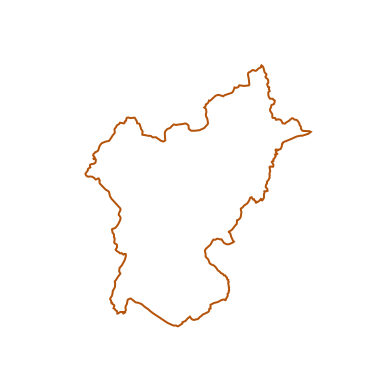 the district of Mdrak District, Đắk Lắk, Vietnam, rotated 225°
{"feature_id": "81297802B27744921596224", "entity_name": "Mdrak District", "entity_type": "district", "adm_level": 2, "iso_a3": "VNM", "parent_name": "Vietnam", "parent_adm1": "Đắk Lắk", "projection": "robinson", "projection_center": [108.788, 12.703], "detail": "fine", "context": "isolated", "style": "outline", "palette": "amber", "viewbox_px": 384, "rotation_deg": 225, "n_neighbors": 0, "source": "geoboundaries", "source_scale": "gbopen_adm2", "svg_char_len": 6058}
<svg xmlns="http://www.w3.org/2000/svg" viewBox="0 0 384 384"><g transform="rotate(225 192 192)"><path d="M137.2,239.0L139.6,241.4L140.2,242.8L141.3,243.5L141.1,244.0L140.0,245.1L139.4,246.3L141.2,247.5L143.1,247.5L143.8,248.0L144.9,249.9L144.9,251.0L146.3,252.2L146.4,254.7L147.0,256.1L147.2,257.0L148.6,258.2L148.8,258.8L150.3,259.7L151.1,261.6L151.8,262.3L154.8,264.4L154.8,265.2L154.1,265.5L153.9,266.1L152.6,267.1L152.8,267.9L154.0,269.0L155.4,269.4L156.4,269.4L156.8,269.7L156.9,270.5L156.3,271.5L157.6,272.6L157.4,273.9L158.0,275.2L158.0,276.2L158.3,276.6L159.7,277.2L158.8,278.2L158.7,279.2L160.6,279.3L160.9,280.2L162.5,280.6L162.8,281.2L162.6,281.5L160.9,282.2L160.7,282.4L161.0,283.0L160.4,283.5L160.2,284.3L159.7,285.0L160.7,287.6L162.4,289.8L162.1,290.4L162.7,291.2L162.3,292.7L159.8,298.5L157.3,305.1L155.1,308.6L153.8,309.8L150.9,315.5L150.5,318.5L152.0,318.0L156.6,313.8L157.5,313.4L159.7,313.8L161.3,315.2L163.3,315.5L164.2,316.2L166.7,316.9L168.9,317.0L170.8,315.6L172.5,315.5L173.4,314.9L173.6,314.3L173.7,311.0L174.4,308.5L174.7,306.0L176.6,304.6L178.1,305.3L180.4,305.7L182.4,304.5L183.5,302.5L185.5,303.1L187.2,301.6L188.0,301.6L190.3,303.8L194.3,304.7L195.6,306.1L196.0,307.9L197.2,309.3L197.2,310.0L196.4,311.6L196.3,312.4L197.8,315.0L198.2,315.2L199.6,314.8L200.8,315.0L202.9,313.1L204.9,313.6L206.4,314.4L208.1,315.9L208.6,316.7L208.4,318.3L210.4,319.1L211.3,320.6L211.6,320.7L212.4,320.1L214.9,321.2L215.3,321.8L215.2,322.9L215.4,323.3L217.3,325.0L218.7,325.3L221.1,325.1L221.6,325.5L222.0,327.1L222.5,327.8L223.0,328.0L224.8,327.9L225.8,328.2L228.3,329.8L230.3,330.8L232.4,330.7L232.3,330.0L231.4,329.0L232.2,326.8L232.4,323.2L233.1,322.3L234.8,321.6L235.4,321.0L235.8,318.3L236.4,316.8L236.4,315.9L235.4,314.5L232.2,312.4L227.6,308.7L227.3,308.3L227.2,307.5L230.2,303.8L234.0,300.9L234.0,300.3L233.5,299.4L233.5,298.7L234.5,296.8L235.9,296.0L235.1,294.6L234.0,291.9L234.0,290.2L237.3,283.7L237.7,281.6L238.6,281.3L242.2,279.3L243.4,276.7L243.7,269.5L244.7,268.6L244.3,268.1L243.8,266.8L243.7,265.1L244.2,263.6L243.5,263.0L243.0,262.1L243.1,260.4L241.1,260.6L239.5,259.7L238.2,258.5L237.1,256.6L236.6,256.2L235.0,255.2L233.6,254.9L231.9,253.9L229.1,251.8L228.8,250.0L228.6,245.8L230.4,241.0L233.4,237.2L235.5,235.1L236.5,234.6L238.9,234.4L241.4,236.5L243.2,236.5L244.8,236.0L245.3,235.6L247.2,232.7L249.1,230.4L250.7,228.1L252.7,226.9L252.9,223.8L252.7,222.0L253.8,219.5L254.0,218.4L253.8,215.8L252.4,213.9L247.4,209.6L247.7,207.8L248.1,207.3L250.6,206.1L252.2,206.1L252.9,205.7L256.1,205.3L258.5,202.8L260.9,202.5L262.8,200.7L266.1,198.6L267.5,197.4L268.5,198.2L269.6,199.8L270.6,200.2L272.4,200.5L276.6,202.8L277.6,203.0L279.3,201.8L281.3,203.1L285.1,204.0L287.8,200.7L289.8,199.6L290.5,198.4L290.3,197.5L289.1,195.9L289.4,194.2L288.7,193.6L288.5,192.7L289.0,192.1L291.9,190.1L291.6,188.8L292.2,185.9L291.5,183.9L291.4,182.1L291.1,181.5L288.8,179.6L288.3,178.8L288.2,176.4L286.8,170.0L286.9,169.3L288.7,166.6L290.2,163.1L290.3,161.5L289.8,159.0L288.0,155.7L287.7,154.6L288.0,152.9L288.5,152.0L288.4,148.9L287.7,147.9L285.3,147.7L285.1,147.5L285.3,146.0L284.7,145.8L283.5,147.0L283.1,147.0L282.5,146.5L281.3,145.0L281.0,143.9L281.5,142.5L283.1,140.1L283.3,139.2L282.5,138.1L281.3,137.5L281.9,135.1L281.7,134.4L280.9,133.6L280.4,129.7L279.3,129.0L277.2,128.9L276.1,129.6L274.7,131.2L273.4,132.2L271.2,132.8L269.1,132.6L268.6,133.2L268.1,135.0L267.5,135.6L266.0,134.9L265.4,135.0L264.5,133.5L263.0,132.8L254.9,132.6L251.8,133.4L250.6,133.3L247.2,131.1L244.1,130.3L231.0,129.7L229.9,128.8L228.5,125.1L227.8,124.2L227.4,123.9L226.3,123.9L224.5,123.4L223.6,122.5L222.8,121.0L221.5,117.3L220.9,114.0L220.9,112.1L222.2,109.5L222.1,108.9L221.1,108.2L219.4,107.1L217.2,106.8L215.3,104.9L213.8,104.5L211.2,101.2L209.8,101.1L208.4,101.7L207.4,101.3L205.8,99.7L205.3,97.3L204.7,97.0L202.8,97.2L200.7,97.8L199.5,97.7L198.4,99.1L196.3,99.2L196.0,100.4L195.1,101.2L194.3,100.8L193.2,99.5L191.3,96.0L189.8,90.7L189.5,87.0L187.4,84.4L184.9,83.6L184.4,79.7L183.6,76.4L183.4,74.2L181.2,72.5L179.4,70.4L178.7,68.5L178.1,66.1L176.4,64.0L175.2,62.0L174.9,60.2L174.4,58.6L173.8,58.2L172.4,58.0L170.7,56.6L170.1,57.1L169.2,56.5L167.2,57.0L166.4,56.6L165.4,54.3L163.4,54.7L162.5,54.3L160.8,54.7L159.5,53.9L158.8,53.2L158.5,53.6L157.8,56.5L156.4,58.0L155.8,58.5L154.8,57.5L154.5,57.7L154.2,59.7L154.7,60.1L155.3,61.7L155.8,62.2L157.4,63.2L158.2,64.5L158.9,66.8L161.1,70.0L161.2,70.7L160.5,72.7L159.9,73.4L154.1,74.1L153.3,74.4L151.7,75.7L148.4,77.1L143.9,77.4L139.7,78.2L137.6,78.2L133.4,78.8L116.6,82.2L110.6,84.5L108.8,86.4L107.4,86.7L106.8,87.4L105.9,91.6L106.0,92.6L106.7,93.1L105.4,96.2L105.7,99.5L105.3,102.4L103.0,101.9L101.5,102.1L99.9,103.1L99.3,104.6L98.7,105.1L98.0,106.4L97.9,107.0L98.1,108.9L97.7,111.1L97.8,112.8L96.2,117.0L95.7,118.9L95.9,120.2L97.1,121.4L97.2,121.8L96.5,122.8L99.2,125.3L98.0,129.0L95.9,132.5L94.7,136.7L93.4,138.6L92.9,138.9L92.2,138.9L91.9,139.1L91.8,139.5L92.6,141.1L93.1,143.3L93.6,144.2L94.8,145.0L94.8,146.2L95.3,147.4L96.0,147.8L96.3,148.9L97.3,149.5L98.1,150.6L99.0,150.9L99.5,151.5L102.0,153.1L102.3,154.3L103.4,154.6L104.1,155.5L105.1,155.1L106.8,156.2L108.2,156.1L109.6,156.5L110.5,155.6L112.2,155.9L114.4,155.1L115.8,155.3L118.3,154.9L121.6,155.5L124.3,155.6L127.2,154.4L129.0,154.1L132.9,155.8L136.6,155.9L138.7,157.9L141.0,159.3L141.8,160.5L142.0,162.2L141.7,167.8L142.8,171.4L143.2,173.2L143.1,173.6L142.0,174.4L141.5,175.4L141.3,176.6L140.8,177.1L138.4,178.5L137.7,179.4L133.3,178.6L130.6,179.5L129.1,181.0L128.5,182.1L127.3,185.6L127.2,186.5L128.7,186.6L132.5,188.0L135.7,189.8L137.7,189.7L137.9,189.9L137.1,192.9L137.1,194.2L137.6,197.7L137.8,201.1L140.2,203.9L139.6,204.9L139.5,205.6L139.5,207.8L140.0,208.9L142.8,212.7L144.7,213.8L145.6,214.6L145.7,215.0L145.3,216.8L145.6,219.3L145.0,222.0L144.9,223.6L145.7,226.8L146.7,228.7L146.7,229.6L146.1,230.5L145.5,230.2L143.5,229.9L143.2,230.0L143.0,230.7L141.8,230.2L140.1,230.5L139.6,229.7L139.1,229.7L138.3,232.2L138.2,234.1L138.4,235.8L138.0,236.0L137.2,235.3L136.5,235.6L136.4,236.7L137.2,239.0Z" fill="none" stroke="#b45309" stroke-width="2"/></g></svg>